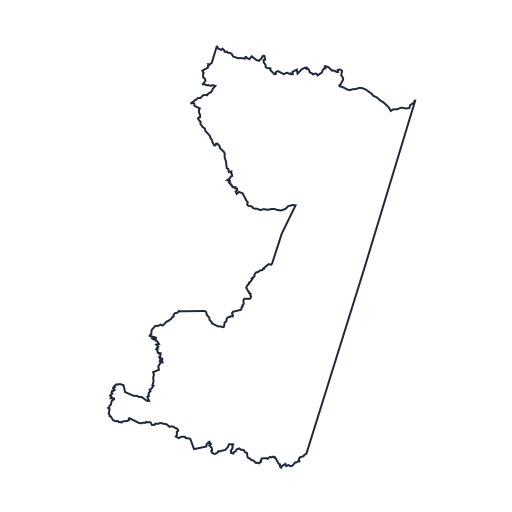 Colniza, Mato Grosso, Brazil, rotated 107°
{"feature_id": "56859067B44233830293285", "entity_name": "Colniza", "entity_type": "district", "adm_level": 2, "iso_a3": "BRA", "parent_name": "Brazil", "parent_adm1": "Mato Grosso", "projection": "robinson", "projection_center": [-60.12, -9.423], "detail": "fine", "context": "isolated", "style": "outline", "palette": "slate", "viewbox_px": 512, "rotation_deg": 107, "n_neighbors": 0, "source": "geoboundaries", "source_scale": "gbopen_adm2", "svg_char_len": 6052}
<svg xmlns="http://www.w3.org/2000/svg" viewBox="0 0 512 512"><g transform="rotate(107 256 256)"><path d="M67.3,354.8L84.3,354.8L86.1,356.1L86.6,357.7L87.4,356.7L88.3,357.5L89.9,357.1L94.5,361.5L96.2,359.6L97.0,359.9L100.6,358.8L101.3,356.9L102.8,355.7L103.5,355.6L107.9,357.4L106.8,356.2L107.2,353.1L106.5,351.5L106.6,349.3L105.3,347.4L105.3,344.6L108.4,346.1L112.2,346.7L114.8,349.3L116.5,349.6L116.8,351.5L117.9,353.8L121.3,355.3L121.7,357.4L129.3,363.2L128.0,360.4L128.4,359.5L130.4,358.7L131.3,352.9L132.8,353.3L135.2,352.6L137.8,350.5L139.6,350.1L140.3,351.3L141.5,351.7L143.2,349.7L143.8,348.2L145.9,347.8L148.3,344.6L149.0,342.2L151.3,340.9L154.1,335.9L155.4,334.5L156.5,334.2L157.9,332.0L159.8,331.0L162.5,328.2L162.1,327.1L160.0,326.9L159.8,325.7L161.4,323.1L163.4,321.9L165.8,317.3L167.0,316.0L171.2,314.7L173.9,312.6L180.6,309.6L180.9,307.9L183.6,306.5L182.4,304.3L183.8,304.2L185.0,302.8L186.5,302.2L187.6,303.5L189.3,303.7L191.8,305.6L191.4,303.4L191.9,302.9L193.3,303.6L194.0,302.8L193.9,301.6L195.3,301.2L195.4,299.9L197.1,298.5L196.1,295.8L197.4,295.6L197.1,293.9L198.6,293.1L200.3,294.3L202.2,292.6L199.7,291.0L200.0,287.1L206.1,281.1L207.0,279.6L209.2,279.6L209.9,278.7L210.2,278.0L209.9,274.3L210.9,273.0L211.2,271.6L210.5,268.9L210.8,265.3L209.0,262.4L208.2,257.8L206.4,254.7L205.7,252.1L205.7,248.6L205.0,245.1L202.3,241.5L199.1,239.9L196.5,235.9L196.0,233.0L227.1,237.9L258.4,238.4L259.9,239.0L260.1,241.5L264.2,244.3L265.7,244.6L265.5,245.2L266.0,245.5L267.6,245.8L268.8,248.1L270.7,249.3L271.7,251.1L274.3,252.1L275.9,251.5L278.1,253.2L278.6,253.4L278.7,252.7L282.2,253.8L283.6,255.0L284.5,254.4L286.3,255.6L289.2,256.1L292.4,252.7L292.7,251.6L293.7,251.5L294.0,249.9L295.5,249.8L295.9,249.0L297.2,248.8L298.7,249.3L300.3,254.6L301.3,255.0L302.8,254.9L305.3,253.7L307.2,254.6L308.2,254.0L309.5,254.8L310.4,254.4L311.9,254.7L316.0,261.7L317.8,262.3L319.1,260.9L320.6,260.6L321.0,262.8L322.2,263.2L322.7,264.8L324.3,265.7L327.2,265.3L328.7,266.5L333.2,266.0L333.7,266.6L333.7,269.0L334.4,271.7L333.3,278.4L332.4,278.9L330.6,281.8L328.6,282.6L326.8,285.8L324.1,287.3L323.6,289.1L331.2,312.7L330.9,313.5L333.1,314.5L334.5,316.9L336.5,317.6L338.0,317.1L339.2,318.4L340.7,318.6L343.8,320.9L344.7,322.2L349.6,324.7L349.9,325.3L349.5,327.2L351.8,329.6L352.2,331.8L357.3,334.2L361.4,333.3L362.7,334.4L363.6,334.2L363.4,330.6L364.1,330.5L365.1,331.3L365.8,329.4L365.5,328.7L363.3,329.3L363.4,327.8L366.2,327.2L366.5,325.6L368.6,323.0L369.9,325.5L371.3,322.9L372.3,323.5L373.2,322.9L373.6,324.1L374.5,324.1L374.6,323.0L377.1,321.7L377.7,320.4L376.9,319.9L377.0,318.6L380.2,318.3L381.0,319.0L381.8,318.1L381.5,315.7L382.2,315.4L382.7,315.7L383.2,317.2L384.8,317.3L384.9,316.7L384.1,316.7L383.6,315.4L385.0,314.3L385.5,316.4L386.5,316.1L389.0,317.0L390.5,317.0L393.2,315.6L397.1,320.4L399.6,318.8L402.2,318.8L405.9,317.3L409.7,317.3L410.0,316.1L413.6,317.3L415.1,318.6L416.2,317.4L418.0,318.4L420.1,318.3L421.2,317.5L422.3,318.7L425.9,315.9L426.4,318.0L424.3,323.9L425.0,326.9L424.6,328.9L425.5,332.0L424.4,341.4L418.3,344.9L418.2,348.8L419.3,350.2L419.2,351.4L422.0,353.7L422.9,352.6L424.0,354.1L424.6,353.9L425.5,352.1L426.7,353.0L427.2,354.2L428.9,354.3L429.6,353.1L431.7,354.5L432.4,353.6L432.6,354.2L433.7,353.1L434.5,353.3L433.7,350.1L434.3,349.8L436.8,351.6L440.7,351.4L442.1,352.3L444.1,352.0L444.6,352.8L445.4,351.2L449.8,350.8L451.1,349.2L451.9,349.2L452.1,347.8L454.7,344.8L455.1,341.9L454.2,340.1L455.0,338.5L454.6,338.0L454.5,335.9L453.9,335.9L452.8,334.4L451.4,330.9L450.0,329.5L448.7,330.1L448.1,329.8L449.9,318.9L449.4,316.3L448.4,315.3L448.0,313.3L446.7,312.5L447.0,311.6L446.0,309.5L446.1,308.0L448.0,306.2L447.4,304.2L447.1,303.5L445.7,303.3L445.2,300.7L443.7,298.8L443.1,292.0L444.7,288.8L443.6,287.2L443.4,284.7L444.2,282.9L444.0,281.3L445.2,279.6L445.8,279.3L447.3,280.3L450.4,279.3L452.1,279.9L452.8,276.6L450.9,274.9L449.9,272.1L449.8,270.9L450.7,269.9L450.0,266.5L450.3,265.2L458.8,258.8L452.7,247.8L450.8,248.2L449.6,247.8L449.1,247.0L448.1,247.1L447.3,246.2L448.2,245.8L448.9,244.1L450.8,245.3L452.4,242.2L454.9,241.1L455.5,241.8L456.5,241.1L457.4,239.6L457.2,237.2L455.2,235.3L453.5,234.9L453.4,233.6L450.4,228.7L446.9,227.0L444.1,226.9L442.8,223.4L442.8,222.7L444.4,223.1L446.4,222.2L449.5,223.1L451.7,222.2L451.5,219.9L450.3,220.1L449.0,218.6L446.6,217.9L445.2,216.2L444.9,215.7L445.7,213.8L445.1,211.2L446.8,209.2L447.0,207.1L450.3,205.6L451.5,204.2L451.4,202.7L452.5,200.8L452.3,198.8L454.0,195.4L453.4,194.6L453.3,192.2L451.9,191.9L451.3,191.0L450.4,191.6L447.9,191.3L446.2,186.6L446.6,185.6L444.0,183.9L444.0,182.3L442.9,181.0L443.3,179.9L442.8,179.8L442.9,178.9L448.0,173.6L448.3,172.1L450.1,171.8L451.0,170.1L449.1,169.6L446.2,167.1L448.1,165.7L446.5,163.9L446.9,161.2L445.8,159.9L441.8,158.1L441.4,156.7L440.0,155.8L439.6,154.5L438.0,155.6L435.9,155.3L433.6,152.1L432.0,151.6L430.5,150.0L235.7,148.8L60.9,149.2L61.0,149.7L63.0,149.7L66.7,152.7L69.6,152.6L71.1,155.7L71.6,160.4L74.4,163.9L75.7,167.7L77.9,169.5L74.8,172.9L71.6,179.5L71.1,182.1L69.0,186.9L68.5,190.9L67.1,192.6L64.8,199.4L64.4,203.7L64.9,206.1L67.3,209.7L68.4,212.7L69.6,214.1L70.2,216.4L69.0,223.2L69.3,225.7L68.3,226.2L67.5,225.4L61.8,224.2L59.8,225.3L58.3,227.4L53.8,227.8L53.2,229.7L53.2,230.7L54.2,232.2L56.0,231.3L56.4,232.1L55.9,236.0L56.5,237.4L54.3,241.8L54.1,245.1L54.5,245.7L56.3,244.5L56.8,245.7L58.4,246.5L61.3,246.6L65.3,250.0L64.4,250.8L64.0,252.2L65.7,254.8L64.9,255.7L64.7,258.2L62.6,259.7L61.1,262.3L62.2,262.5L61.5,264.1L64.0,266.8L69.4,269.6L65.8,271.5L69.3,274.9L71.2,274.0L71.3,276.0L72.0,275.9L71.7,280.1L74.0,282.6L72.8,288.9L73.9,290.5L75.2,290.8L76.1,290.3L76.8,291.3L74.1,296.5L72.3,297.1L73.0,300.3L72.5,301.9L70.4,302.9L68.4,305.4L66.3,306.0L65.6,304.7L62.3,306.4L62.1,307.0L63.1,308.2L65.0,308.4L68.6,310.3L68.4,313.1L66.3,318.5L69.6,319.8L69.5,321.8L68.5,323.8L68.9,324.3L70.5,324.3L71.0,327.9L72.1,331.0L71.9,336.2L69.7,338.5L69.4,340.1L69.9,342.4L69.0,343.7L69.7,344.5L69.8,345.8L68.5,346.6L67.5,348.6L69.1,349.5L68.6,353.1L67.1,354.1L67.3,354.8Z" fill="none" stroke="#1e293b" stroke-width="2"/></g></svg>